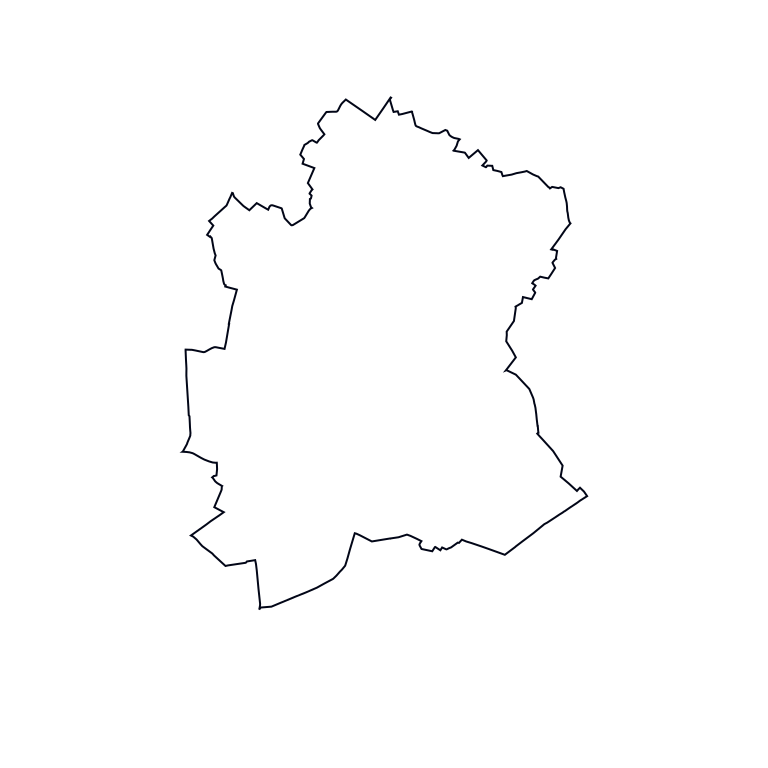 the district of Degoles pag., Tukums, Latvia, rotated 209°
{"feature_id": "27541924B73428476484731", "entity_name": "Degoles pag.", "entity_type": "district", "adm_level": 2, "iso_a3": "LVA", "parent_name": "Latvia", "parent_adm1": "Tukums", "projection": "orthographic", "projection_center": [23.152, 56.88], "detail": "fine", "context": "isolated", "style": "outline", "palette": "ink", "viewbox_px": 768, "rotation_deg": 209, "n_neighbors": 0, "source": "geoboundaries", "source_scale": "gbopen_adm2", "svg_char_len": 6058}
<svg xmlns="http://www.w3.org/2000/svg" viewBox="0 0 768 768"><g transform="rotate(209 384 384)"><path d="M516.6,637.8L517.1,637.8L518.3,624.6L519.7,610.7L534.9,612.3L555.3,614.3L556.5,610.3L556.8,609.2L557.0,608.0L557.1,606.4L556.9,601.2L557.0,600.2L557.3,599.5L557.9,598.9L560.5,597.5L566.2,594.0L566.4,593.1L567.6,583.5L568.0,580.1L568.0,579.8L567.8,579.5L565.9,578.0L564.2,576.7L562.8,576.0L557.2,573.5L557.5,572.0L558.8,567.4L559.3,565.7L559.6,562.8L559.7,562.5L560.1,562.4L564.7,562.5L565.0,562.4L565.3,562.1L566.3,560.6L567.0,559.6L567.4,558.2L567.6,557.7L569.5,554.5L569.5,554.2L569.3,553.5L569.0,549.4L568.4,544.0L568.1,543.9L563.1,542.0L562.0,537.2L549.6,539.1L548.0,522.8L543.0,520.5L540.9,519.5L541.2,518.8L541.1,518.7L541.3,517.7L541.5,514.8L541.4,514.4L538.7,513.7L538.1,511.8L537.9,510.7L538.5,509.9L536.4,505.8L533.5,503.2L532.4,503.0L533.3,501.7L533.8,499.2L534.1,491.5L534.2,490.4L540.7,478.9L541.5,478.2L541.9,478.0L542.4,478.0L550.9,480.7L551.3,480.9L558.5,487.9L558.8,488.0L567.4,486.4L568.5,486.1L569.4,485.5L569.8,484.8L570.0,484.2L570.1,483.6L569.8,480.3L572.5,480.3L583.0,480.5L585.9,471.1L586.0,470.7L592.2,471.4L593.5,471.6L604.8,474.7L605.6,475.0L606.0,475.2L606.4,475.5L608.3,477.2L608.6,477.6L609.5,477.5L609.0,473.1L608.9,470.8L608.6,467.8L608.3,464.5L608.3,463.6L609.1,461.4L610.7,456.7L613.6,448.3L614.5,445.3L615.0,444.2L616.0,441.8L610.1,439.8L610.6,434.0L610.8,431.1L611.0,428.7L607.5,428.3L607.4,428.8L605.4,428.1L604.9,427.5L598.7,419.8L595.3,416.2L593.6,414.8L592.5,410.3L592.4,410.0L591.0,408.8L589.9,407.9L589.0,407.3L586.1,405.6L584.8,404.8L584.5,404.8L584.2,404.7L583.7,404.7L582.0,404.6L581.5,404.5L581.0,404.0L577.4,399.8L575.9,398.0L574.5,396.2L572.6,394.2L572.2,393.9L570.7,393.4L570.3,393.5L570.2,392.8L570.1,392.3L566.7,393.1L558.4,395.2L555.7,384.1L554.5,378.6L553.3,375.1L548.9,361.4L548.6,361.5L542.3,343.6L540.5,337.4L546.3,335.5L549.1,334.6L550.3,333.9L551.2,332.8L551.9,332.0L552.7,330.8L553.6,329.4L554.8,327.4L555.5,326.3L556.3,325.1L556.7,324.8L557.0,324.5L558.0,324.1L565.5,321.8L568.5,320.8L574.2,317.9L573.9,317.3L569.2,309.6L565.8,304.2L564.2,301.6L562.5,298.4L560.8,295.3L544.0,269.1L539.6,262.0L538.5,261.5L534.9,255.7L532.7,252.1L531.2,249.8L529.5,247.3L528.9,245.9L528.5,245.2L528.3,244.4L528.0,241.9L527.5,237.2L527.3,236.6L527.2,235.4L527.2,227.3L527.3,227.1L526.3,227.6L523.8,228.8L522.3,229.4L520.8,230.0L519.1,230.4L517.9,230.7L516.4,230.8L509.3,230.7L507.7,230.7L504.5,230.8L499.4,231.5L495.8,232.3L493.5,233.3L492.1,234.1L491.5,233.2L488.7,228.6L486.2,222.8L488.2,220.9L488.3,220.9L489.0,219.0L488.3,218.9L484.4,217.0L482.0,216.5L480.2,216.4L476.2,216.3L476.3,216.0L474.8,212.9L474.6,211.6L472.7,194.0L466.9,194.1L462.0,194.2L464.1,189.8L469.1,179.9L471.2,175.1L479.4,157.9L476.8,158.0L472.5,157.1L467.0,155.0L464.3,154.1L459.9,153.5L452.0,152.5L449.4,151.6L434.4,148.0L432.5,149.7L418.4,160.5L418.1,161.0L417.9,162.3L411.3,167.5L408.7,164.5L405.0,159.4L394.4,143.9L385.8,131.7L385.4,130.9L385.1,130.3L384.3,128.0L383.8,126.2L383.5,128.7L374.5,134.7L367.8,143.2L367.3,143.8L358.2,155.3L351.5,163.5L343.9,173.4L341.6,177.1L339.6,180.3L334.0,189.0L332.7,193.3L331.6,198.4L330.8,201.2L329.9,206.1L329.9,206.4L331.4,213.7L333.6,222.9L337.2,239.3L335.6,239.7L331.7,240.0L318.3,240.4L303.6,252.0L303.3,252.0L303.0,252.4L297.0,257.0L290.9,263.4L287.2,264.0L280.1,264.5L275.1,264.7L275.3,262.2L275.2,260.8L274.9,260.4L274.5,260.0L271.2,257.9L265.3,259.7L260.7,261.1L260.4,266.0L260.2,266.3L259.7,266.3L254.1,265.9L253.9,269.2L250.0,269.5L249.3,269.6L249.0,269.8L247.7,271.7L246.1,273.6L242.6,281.0L241.4,281.4L240.4,285.6L236.1,286.1L235.9,286.1L230.3,287.3L219.9,289.2L212.2,290.5L195.5,293.2L190.2,305.1L190.0,305.8L186.5,313.8L186.4,314.0L181.1,325.8L175.8,339.2L174.1,341.8L171.2,347.3L167.2,355.0L165.4,358.2L164.9,359.4L164.2,360.5L161.7,365.6L157.3,374.1L156.1,376.8L152.0,384.4L157.0,386.9L162.3,388.3L162.9,386.3L163.4,384.0L174.3,386.6L184.6,388.6L188.2,399.2L203.5,407.3L213.5,410.7L220.3,413.0L221.6,413.4L225.9,414.9L225.8,415.2L225.6,416.3L225.4,416.4L225.8,416.9L226.4,417.7L228.4,420.7L229.2,421.9L229.4,421.8L232.8,426.5L233.1,426.9L236.4,431.7L236.8,432.2L240.0,436.6L242.3,439.2L242.9,439.7L245.6,443.0L247.0,444.3L254.5,450.1L273.2,456.1L283.6,455.5L284.0,455.0L281.6,471.2L288.1,475.3L297.8,480.6L300.3,486.3L302.1,489.3L300.9,502.1L305.6,514.5L306.5,515.4L306.2,515.9L302.7,521.8L304.6,527.4L295.9,529.8L296.0,537.1L296.1,537.3L298.6,538.4L299.5,538.9L299.5,539.5L299.2,542.1L299.1,543.5L300.6,543.8L303.2,544.0L303.2,544.7L303.0,547.0L302.8,547.7L301.7,549.2L300.4,550.8L299.4,553.6L295.2,554.8L291.5,556.0L291.1,560.7L290.6,568.4L295.4,571.7L295.4,572.4L294.8,575.6L294.0,576.9L294.3,577.1L294.8,577.9L297.1,584.3L301.6,583.7L301.5,583.2L303.0,582.8L301.4,595.0L300.2,607.5L298.8,614.9L299.7,615.2L300.5,615.8L301.7,616.8L303.5,618.9L305.1,621.1L306.2,622.6L307.4,623.9L308.3,625.2L310.0,628.0L311.1,629.6L312.0,630.9L313.3,632.4L315.8,635.0L319.4,639.1L321.6,641.8L324.9,641.7L326.4,639.9L332.5,637.9L333.7,635.5L334.9,636.0L335.6,635.9L349.7,640.2L351.1,639.9L353.1,639.7L355.2,639.5L362.4,639.5L363.8,638.1L366.6,635.7L370.4,632.6L373.9,629.0L378.5,625.3L380.8,623.4L381.5,623.9L384.1,626.3L388.2,625.3L392.1,624.1L395.1,627.3L399.5,625.1L399.6,624.7L399.8,623.2L400.0,623.0L403.9,622.8L402.5,628.3L402.6,629.3L415.2,634.1L419.1,623.9L419.5,622.8L425.3,625.5L425.6,625.5L436.2,621.8L436.3,621.8L436.1,622.6L436.0,623.2L436.0,624.3L436.0,625.9L436.0,627.2L436.0,627.7L436.3,628.9L436.5,630.0L436.8,631.3L436.9,631.9L436.9,632.3L436.8,632.8L436.7,633.3L436.6,633.8L436.4,634.7L437.4,634.6L440.6,633.6L441.8,633.2L444.0,633.0L445.7,633.1L447.4,633.4L448.2,633.9L451.5,636.2L452.7,636.0L453.5,635.9L457.3,630.1L457.5,629.9L463.2,627.0L466.2,626.6L468.5,626.4L475.1,625.7L478.0,625.5L479.9,625.2L480.7,625.2L481.4,625.3L482.2,625.9L483.9,627.7L485.6,629.6L490.3,634.4L491.3,635.3L491.5,635.8L491.8,635.8L498.9,629.0L501.5,626.8L504.2,629.2L507.5,626.6L509.0,627.9L510.1,629.0L516.7,635.5L516.8,636.1L516.6,637.8Z" fill="none" stroke="#020617" stroke-width="2"/></g></svg>